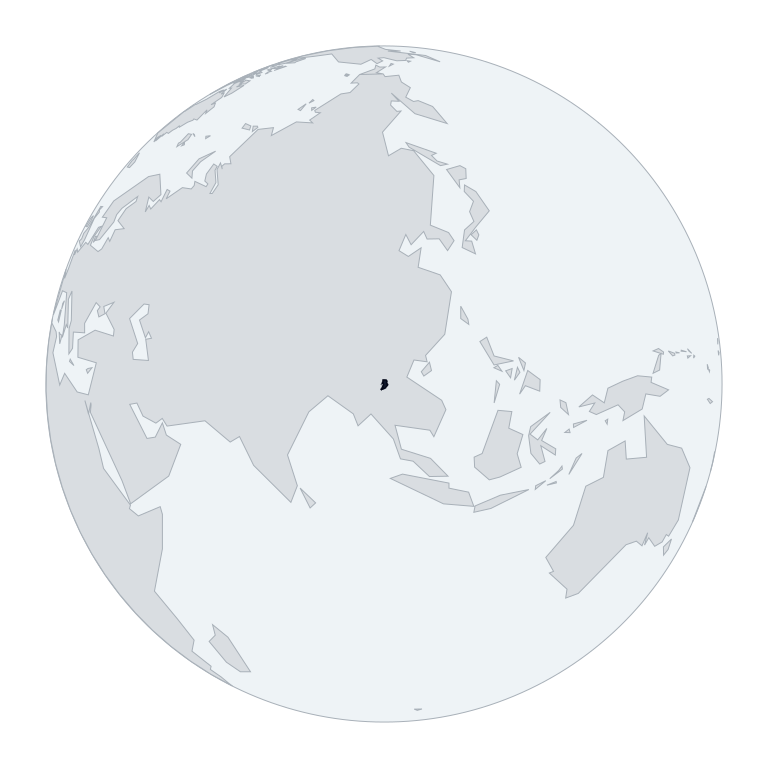 the Earth from above Oudômxai, rotated 333°
{"feature_id": "LAO-3290", "entity_name": "Oudômxai", "entity_type": "Province", "adm_level": 1, "iso_a3": "LAO", "parent_name": "Laos", "parent_adm1": "", "projection": "orthographic", "projection_center": [101.644, 20.521], "detail": "fine", "context": "on_globe", "style": "filled", "palette": "ink", "viewbox_px": 768, "rotation_deg": 333, "n_neighbors": 0, "source": "natural_earth", "source_scale": "10m", "svg_char_len": 12063}
<svg xmlns="http://www.w3.org/2000/svg" viewBox="0 0 768 768"><g transform="rotate(333 384 384)"><circle cx="384" cy="384" r="338" fill="#eef3f6" stroke="#a8b0b8"/><path d="M702.0,494.6L701.4,496.7L701.2,497.1L702.0,494.6ZM533.6,81.0L531.5,80.0L537.3,86.6L550.0,94.9L538.6,89.1L570.2,110.2L580.3,122.4L562.1,105.2L555.1,101.0L558.6,106.8L552.1,103.9L550.1,105.5L542.1,101.8L532.1,93.2L526.7,91.0L529.5,95.5L523.2,95.4L519.9,89.0L508.6,88.6L489.7,76.4L487.3,66.2L470.2,60.2L450.0,52.6L445.2,51.8L435.5,50.0L460.8,54.9L485.7,61.8L510.0,70.5L533.6,81.0ZM429.7,49.2L424.8,48.6L424.7,48.5L429.7,49.2ZM418.5,47.8L417.0,47.7L419.8,48.1L417.7,48.1L412.3,47.7L410.1,47.2L412.5,47.3L409.0,47.0L409.5,47.0L418.5,47.8ZM407.2,46.9L406.5,46.8L406.4,46.8L407.2,46.9ZM399.8,46.4L398.5,46.4L395.1,46.3L399.8,46.4ZM693.7,248.9L693.4,248.0L693.7,248.9ZM560.6,102.1L557.9,99.1L562.7,103.2L560.6,102.1ZM551.3,106.4L554.1,108.4L551.8,108.4L551.3,106.4ZM537.5,103.2L533.0,103.2L535.8,101.6L537.5,103.2ZM529.3,102.2L518.6,103.2L524.0,107.3L502.8,97.2L518.9,99.1L521.5,96.2L524.1,99.7L529.3,102.2ZM423.0,48.5L419.8,48.0L427.5,49.0L423.0,48.5ZM428.4,49.2L454.8,53.9L456.8,55.1L447.6,52.9L454.2,55.5L442.2,53.6L435.8,51.8L436.9,51.3L431.5,51.1L428.4,49.2ZM492.8,91.9L488.7,91.3L491.1,90.4L492.8,91.9ZM417.5,48.2L422.7,48.8L424.8,49.7L414.8,48.8L417.3,48.7L417.5,48.2ZM461.8,57.4L461.6,58.4L451.8,57.0L450.4,57.3L442.1,53.7L461.8,57.4ZM414.1,48.3L409.7,48.5L403.8,47.8L412.6,47.8L414.1,48.3ZM429.5,50.5L430.0,51.0L426.5,50.3L429.5,50.5ZM380.3,46.7L386.5,46.7L388.1,47.0L380.3,46.7ZM408.4,48.6L410.5,48.9L411.8,49.2L407.8,49.2L408.4,48.6ZM435.7,53.3L431.7,52.8L438.7,54.6L431.6,54.2L427.3,52.1L426.2,52.8L424.0,52.8L422.9,51.3L435.7,53.3ZM407.7,50.5L399.8,48.5L388.0,48.1L386.3,47.6L405.5,48.5L407.7,50.5ZM416.7,51.0L410.7,50.4L411.6,49.7L416.2,49.7L416.7,51.0ZM428.4,54.8L440.3,56.0L440.8,56.5L428.4,54.8ZM404.1,50.4L406.1,50.9L403.2,50.4L404.1,50.4ZM420.7,53.4L424.9,53.6L425.4,54.2L420.7,53.4ZM406.6,52.0L404.1,51.2L407.1,51.0L406.6,52.0ZM412.9,52.8L412.6,53.5L409.7,51.4L414.7,52.7L412.9,52.8ZM420.5,53.9L422.2,54.3L418.7,53.8L420.5,53.9ZM396.5,53.7L392.1,51.3L398.9,50.6L402.2,53.0L396.5,53.7ZM118.6,174.8L115.8,178.6L115.6,188.5L113.8,193.1L103.2,205.8L94.6,237.7L104.3,229.5L107.0,251.8L115.6,259.4L137.3,234.5L123.4,221.2L131.5,205.8L151.0,204.9L164.7,218.4L168.3,212.9L168.4,194.6L180.5,188.6L169.5,187.7L167.3,194.7L160.4,194.8L161.9,188.5L166.1,186.4L164.5,180.8L144.8,194.0L140.5,202.5L130.8,196.7L122.7,210.8L116.9,214.1L128.5,191.7L134.2,185.5L148.2,159.5L141.3,165.2L127.6,190.6L127.9,186.9L118.5,196.5L125.9,186.3L142.7,158.6L139.9,155.0L120.8,172.3L121.8,170.9L152.9,137.4L147.3,144.9L155.2,138.0L169.8,124.4L166.7,128.5L171.9,124.4L170.9,127.5L182.6,122.4L183.5,125.2L200.8,114.8L203.6,115.2L192.6,120.9L185.4,127.1L189.3,136.2L193.8,135.5L204.7,128.4L204.4,132.4L214.5,124.5L223.0,127.6L221.1,117.7L233.9,110.7L245.9,108.8L249.7,105.1L230.2,108.5L222.7,111.7L216.8,117.0L196.1,126.2L192.0,125.1L212.4,110.0L208.8,107.5L226.3,98.2L268.4,92.3L279.5,95.3L271.2,114.0L261.3,116.6L259.3,110.7L249.4,122.3L255.8,118.3L255.6,122.2L267.7,117.8L268.1,120.4L279.1,112.2L280.9,115.0L274.0,120.1L293.5,117.5L300.8,122.7L305.0,121.0L307.5,117.6L315.1,127.4L317.9,125.8L316.5,121.8L321.1,116.3L332.2,110.7L334.2,114.3L330.5,116.8L325.7,128.2L315.4,135.2L317.4,136.3L326.7,131.2L332.6,117.1L338.7,112.8L337.4,119.1L338.3,116.4L342.0,115.5L347.6,118.3L349.7,111.4L387.4,100.0L401.9,105.4L396.4,111.5L424.9,110.7L439.0,119.0L437.6,115.1L450.4,113.4L446.2,110.7L446.5,108.8L477.3,106.0L486.1,108.9L497.8,105.3L497.1,103.6L491.3,101.0L502.8,97.2L524.0,107.3L524.5,110.6L537.4,115.6L536.6,122.8L542.0,131.9L533.6,138.3L538.6,145.7L543.1,147.0L553.3,158.8L558.5,180.6L534.3,157.2L522.6,128.1L525.7,138.9L519.0,135.1L516.5,138.5L519.2,146.9L523.1,148.5L497.0,158.9L491.6,182.7L506.4,181.8L516.3,189.6L523.1,220.9L497.4,263.5L510.3,278.4L511.5,288.1L501.2,294.0L499.1,279.7L488.2,274.4L488.6,266.1L471.4,272.2L471.3,260.7L457.9,272.0L463.6,281.4L478.9,279.5L467.4,295.5L483.6,312.3L486.0,332.4L460.7,367.3L434.0,377.4L432.5,383.8L421.6,376.2L407.5,388.2L428.0,424.7L427.5,435.0L404.5,453.6L403.9,446.0L375.1,425.8L369.9,450.0L391.7,471.4L399.2,495.2L382.5,487.1L374.9,466.0L364.7,458.2L367.4,437.2L358.8,404.8L341.9,409.5L343.1,396.7L328.7,369.0L304.4,374.7L265.8,403.4L260.6,435.3L247.3,447.2L230.9,397.3L231.4,365.2L220.6,365.9L207.8,335.5L171.6,323.0L170.8,314.0L163.0,315.3L154.7,303.2L155.2,288.8L148.2,286.7L148.1,324.9L156.1,327.5L168.9,318.0L166.9,330.7L175.5,345.5L150.4,368.3L103.9,375.7L106.7,351.1L109.5,276.0L113.5,269.7L113.8,268.9L114.3,267.4L107.0,276.9L110.0,262.9L100.6,312.2L95.8,331.9L103.1,376.8L100.6,379.5L105.2,390.0L128.9,391.7L127.4,399.5L111.7,430.3L85.4,464.4L93.2,499.2L98.5,526.0L91.6,534.9L101.8,557.0L99.7,559.5L105.9,571.1L109.6,579.7L111.9,584.4L98.1,564.2L85.8,543.0L75.1,521.1L66.0,498.4L58.6,475.1L52.9,451.3L48.9,427.2L46.6,402.9L46.1,378.4L47.4,354.0L50.5,329.8L55.3,305.8L61.8,282.2L70.0,259.2L79.8,236.8L91.2,215.2L104.2,194.5L118.6,174.8ZM171.7,248.2L184.8,256.1L192.0,236.0L197.6,237.7L198.0,230.6L192.4,234.5L195.2,216.0L205.6,214.3L210.7,206.7L206.5,203.8L187.0,210.2L182.9,236.1L174.3,241.4L171.7,248.2ZM201.6,102.1L196.9,105.7L190.9,109.2L189.8,108.2L198.5,102.9L201.6,102.1ZM191.7,110.5L212.3,97.2L213.8,98.2L209.5,99.7L208.4,101.6L201.2,104.8L182.5,119.7L176.0,123.9L177.4,118.3L180.5,117.4L184.9,113.4L191.7,110.5ZM262.1,70.4L271.1,67.0L262.8,73.0L255.5,75.6L253.8,74.1L261.6,70.3L262.1,70.4ZM381.0,46.1L385.2,46.1L404.3,46.8L405.2,47.2L400.7,47.4L396.3,47.3L397.1,46.9L390.5,47.1L388.3,46.5L383.1,46.6L360.3,46.9L360.8,46.9L381.0,46.1ZM330.0,50.4L330.5,50.7L336.7,49.6L338.9,49.5L333.0,50.4L343.3,49.2L343.5,49.6L355.4,49.7L370.1,48.7L374.8,49.2L369.2,49.8L377.8,49.9L370.4,51.7L373.6,52.2L369.5,55.0L356.7,56.6L361.3,57.2L358.4,59.9L347.9,62.0L350.8,59.4L337.2,63.9L334.9,61.5L333.5,62.2L327.7,61.6L318.2,62.3L318.7,61.1L314.8,61.9L310.8,61.9L305.6,62.8L304.7,61.2L298.2,62.5L301.5,61.1L290.6,63.8L298.3,61.2L293.9,61.5L288.8,63.9L296.5,57.6L295.8,57.8L330.0,50.4ZM394.9,54.4L380.2,55.8L371.7,55.6L382.4,51.1L380.5,50.3L387.1,48.4L399.3,49.1L396.3,49.5L396.2,50.1L392.4,49.6L395.4,50.5L391.3,51.2L392.5,52.3L387.4,52.3L394.9,54.4ZM118.2,190.1L118.0,192.4L119.2,194.4L113.3,201.0L118.2,190.1ZM129.2,171.1L130.0,171.7L122.2,180.9L122.4,178.9L129.2,171.1ZM137.1,164.7L130.7,171.0L134.3,166.4L137.1,164.7ZM194.0,121.5L195.6,122.1L193.2,124.1L189.2,125.9L194.0,121.5ZM307.2,78.5L310.2,76.1L312.3,76.1L323.3,72.2L325.9,74.2L320.2,77.3L307.2,78.5ZM131.2,236.9L124.8,239.9L125.2,236.1L127.3,235.8L131.2,236.9ZM115.7,219.4L116.1,226.8L114.0,221.1L115.7,219.4ZM311.9,79.9L316.1,78.0L314.7,80.2L311.9,79.9ZM328.3,75.5L327.8,77.8L327.5,74.0L328.3,75.5ZM263.3,687.4L270.3,690.8L265.5,689.9L263.3,687.4ZM130.0,538.8L134.4,579.8L125.4,575.2L117.3,560.4L111.3,534.0L119.6,531.2L122.0,520.6L130.0,538.8ZM483.2,548.1L493.1,549.0L492.7,550.4L483.2,548.1ZM473.0,543.5L484.3,543.6L470.9,546.6L473.0,543.5ZM488.7,543.6L500.3,540.4L505.3,537.9L504.3,540.8L488.7,543.6ZM465.2,543.8L422.7,543.4L405.8,539.1L409.8,534.0L437.2,535.9L465.2,543.8ZM408.5,533.8L382.6,517.8L346.8,471.0L359.6,472.7L396.9,501.8L394.6,506.3L410.3,518.8L408.5,533.8ZM471.0,506.6L468.4,520.5L445.0,519.5L434.3,517.2L427.0,499.2L431.1,490.1L439.9,490.5L473.6,459.2L485.4,466.6L475.1,480.0L484.8,492.1L471.0,506.6ZM262.0,438.6L269.1,458.9L261.9,460.9L262.0,438.6ZM486.9,436.8L473.5,450.9L485.6,432.1L486.9,436.8ZM493.9,419.1L494.9,426.2L489.3,419.4L493.9,419.1ZM432.4,393.6L423.1,395.0L422.8,390.0L434.4,385.2L432.4,393.6ZM487.7,349.5L488.2,364.3L486.6,369.4L482.1,360.5L487.7,349.5ZM339.7,100.1L321.5,102.7L310.1,107.2L306.3,113.4L303.9,106.4L321.4,99.4L339.7,100.1ZM381.3,99.3L384.5,94.9L388.3,96.8L388.1,98.1L381.3,99.3ZM379.5,96.6L373.7,91.6L378.9,89.1L382.5,93.6L379.5,96.6ZM342.1,84.0L336.5,84.4L337.8,82.4L342.1,84.0ZM600.0,643.9L596.0,647.1L624.5,621.4L600.0,643.9ZM555.4,663.4L559.0,656.0L569.8,652.6L562.0,660.4L555.4,663.4ZM635.0,610.3L640.9,603.6L648.0,594.2L642.6,601.5L635.0,610.3ZM526.7,637.1L462.0,658.8L448.7,657.2L453.9,649.9L445.5,627.5L450.0,627.9L449.4,612.0L488.7,595.9L517.4,566.7L537.1,566.8L553.3,545.0L573.0,544.2L565.8,560.9L584.7,568.5L601.3,530.6L609.0,566.4L620.1,576.3L618.6,597.5L584.5,638.8L568.5,648.8L567.2,646.3L560.1,651.0L551.5,651.5L550.1,641.2L543.0,645.8L551.4,636.2L540.4,645.3L537.5,638.6L526.7,637.1ZM665.2,544.4L667.0,544.4L668.7,548.9L665.8,549.5L665.2,544.4ZM696.9,505.8L696.8,508.1L695.2,510.4L696.9,505.8ZM701.2,497.1L699.4,500.2L702.0,494.6L701.2,497.1ZM679.9,517.8L680.5,519.5L679.5,520.8L679.9,517.8ZM679.2,517.4L681.0,513.1L680.3,516.9L679.2,517.4ZM671.6,501.5L673.1,499.0L673.6,500.3L671.6,501.5ZM507.6,548.5L521.6,537.2L528.9,535.8L507.6,548.5ZM670.0,498.0L666.5,498.9L667.0,496.7L670.0,498.0ZM670.6,493.1L670.4,490.3L672.1,496.4L670.6,493.1ZM664.2,488.8L668.2,492.6L663.6,489.6L664.2,488.8ZM661.5,490.4L658.4,489.0L658.6,488.0L661.5,490.4ZM622.7,503.8L634.9,518.4L624.4,520.3L612.8,511.7L602.7,523.5L580.3,525.1L585.8,518.1L583.1,508.8L559.3,507.6L554.5,501.7L563.2,496.6L547.2,492.9L564.8,488.4L571.7,500.8L581.6,489.4L598.1,489.9L613.7,491.8L625.7,499.4L622.7,503.8ZM564.4,517.2L567.4,516.9L564.6,521.1L564.4,517.2ZM652.3,483.6L656.9,488.6L656.3,490.3L654.0,490.0L652.3,483.6ZM628.6,496.6L641.8,483.1L644.7,482.6L635.9,496.7L628.6,496.6ZM638.8,476.7L644.7,477.0L647.6,482.4L646.4,484.3L638.8,476.7ZM528.5,508.2L527.7,511.8L523.1,509.3L528.5,508.2ZM534.6,505.6L548.4,508.5L533.2,508.8L534.6,505.6ZM491.4,495.0L495.6,503.6L508.9,497.5L498.8,505.9L507.6,519.7L504.4,525.1L495.7,510.2L492.3,526.1L486.4,526.0L483.4,512.5L489.4,495.7L495.3,488.6L519.2,484.7L491.4,495.0ZM534.5,495.0L530.8,485.1L533.6,478.1L537.6,483.2L534.5,495.0ZM519.5,461.1L509.2,449.7L500.2,454.6L518.2,437.2L525.1,451.0L519.5,461.1ZM510.4,435.3L501.9,439.8L510.5,429.7L510.4,435.3ZM499.6,435.9L498.4,427.5L505.2,428.4L499.6,435.9ZM514.8,435.5L516.0,421.3L519.6,429.5L514.8,435.5ZM494.8,409.0L509.9,422.2L490.7,417.0L488.7,389.7L496.8,388.9L494.8,409.0ZM532.0,298.1L529.4,290.6L536.3,288.6L536.2,294.2L532.0,298.1ZM556.4,277.5L537.3,285.7L521.5,293.3L527.0,296.5L524.6,309.6L515.6,297.9L525.7,283.3L537.9,280.0L538.5,269.3L546.7,261.8L542.9,248.9L546.1,243.2L553.2,254.2L556.4,277.5ZM540.7,243.5L537.1,221.3L550.8,223.9L554.6,229.3L550.5,238.2L543.6,236.2L540.7,243.5ZM540.3,216.9L533.5,215.1L513.9,184.4L513.2,178.9L535.3,202.1L530.1,201.9L532.5,209.4L540.3,216.9ZM490.7,93.2L488.9,91.4L492.7,92.9L490.7,93.2ZM443.8,107.4L444.9,105.1L449.3,106.5L443.8,107.4ZM450.2,99.7L444.6,99.7L449.7,98.2L450.2,99.7ZM432.1,100.3L441.9,99.0L433.7,102.5L432.1,100.3Z" fill="#d9dde1" stroke="#a8b0b8" stroke-width="1"/><path d="M384.8,380.0L384.9,379.9L385.0,379.9L385.3,380.1L385.5,380.2L385.6,380.3L386.0,380.4L386.2,380.5L386.4,380.8L386.6,381.0L386.8,381.1L387.0,381.1L387.3,381.1L387.5,381.2L387.7,381.4L387.7,381.6L387.8,381.8L387.9,382.1L387.8,382.3L387.8,382.5L387.9,382.8L387.8,383.1L387.6,383.3L387.3,383.4L387.2,383.5L387.1,383.8L387.0,384.1L386.8,384.7L386.7,384.8L386.8,384.9L386.9,385.0L386.9,385.3L386.8,385.6L387.0,385.8L387.1,386.0L386.9,386.3L386.8,386.5L386.6,386.5L386.3,386.7L386.2,386.8L385.9,386.7L385.8,386.8L385.7,386.9L385.4,387.2L385.2,387.3L384.6,387.4L384.4,387.5L384.1,387.7L384.0,387.8L383.9,387.8L383.7,388.1L381.9,388.1L381.7,388.1L381.4,387.8L381.2,387.8L381.2,387.7L380.9,387.8L380.8,388.0L380.7,388.0L380.6,387.9L380.5,388.0L380.3,387.9L380.0,387.8L379.4,387.7L379.2,387.7L379.1,387.8L379.0,387.6L379.0,387.3L379.4,387.2L380.0,387.1L380.3,386.9L380.4,386.7L380.5,386.5L380.7,386.4L380.9,386.4L381.2,386.6L381.4,386.6L381.6,386.5L381.7,386.4L381.8,386.3L381.8,385.6L381.7,385.4L381.7,385.2L382.0,385.2L382.5,385.2L383.0,385.0L383.1,384.6L383.3,384.4L383.6,383.8L383.5,383.3L383.5,383.2L383.3,383.1L383.2,382.9L382.7,382.8L382.9,382.7L383.1,382.3L383.3,382.0L383.6,382.0L383.6,381.9L383.9,381.9L383.9,381.5L384.1,381.4L384.3,381.3L384.5,381.2L384.7,380.8L384.7,380.3L384.7,380.2L384.8,380.0Z" fill="#0f172a" stroke="#020617" stroke-width="1.5"/></g></svg>